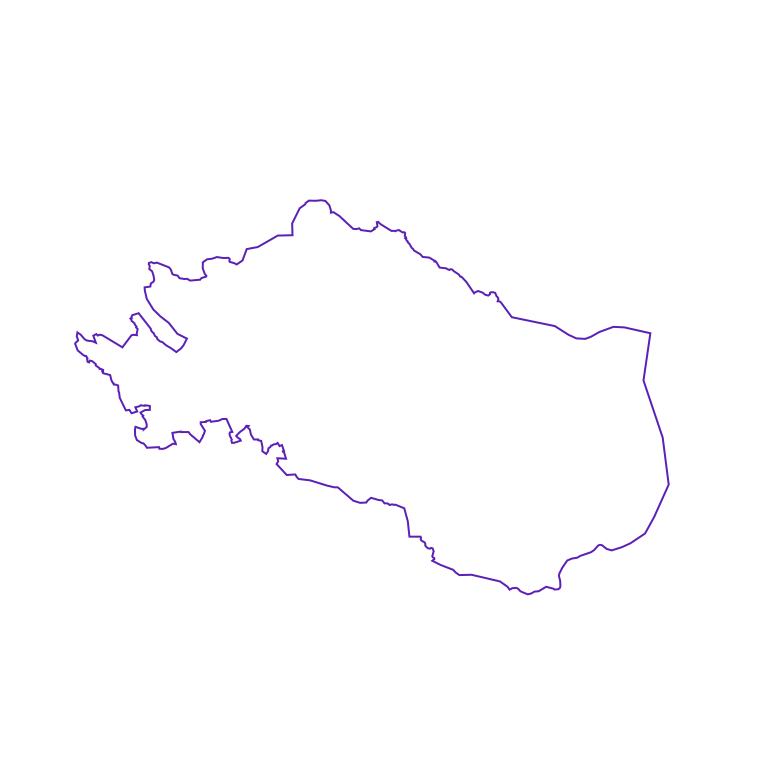 Ballymahon Lea-6, Longford, Ireland, rotated 204°
{"feature_id": "5873133B88406731709637", "entity_name": "Ballymahon Lea-6", "entity_type": "district", "adm_level": 2, "iso_a3": "IRL", "parent_name": "Ireland", "parent_adm1": "Longford", "projection": "robinson", "projection_center": [-7.714, 53.623], "detail": "fine", "context": "isolated", "style": "outline", "palette": "violet", "viewbox_px": 768, "rotation_deg": 204, "n_neighbors": 0, "source": "geoboundaries", "source_scale": "gbopen_adm2", "svg_char_len": 5082}
<svg xmlns="http://www.w3.org/2000/svg" viewBox="0 0 768 768"><g transform="rotate(204 384 384)"><path d="M677.5,290.1L670.5,288.1L668.4,288.0L667.5,288.4L665.3,286.8L665.5,286.2L663.8,283.7L662.2,283.8L662.3,285.7L660.0,286.2L655.3,284.9L654.9,283.7L650.2,282.7L649.9,282.1L647.9,282.7L646.3,282.6L645.8,281.3L646.5,280.9L645.0,279.6L637.8,280.8L634.6,276.6L632.2,274.7L631.6,274.8L630.7,273.6L628.9,274.3L626.3,274.5L623.4,269.1L622.7,268.7L619.7,263.8L609.1,254.9L606.1,256.8L602.7,254.6L598.3,258.5L601.7,261.6L598.3,264.2L597.8,265.5L593.6,266.8L593.6,267.4L589.0,268.7L587.4,265.1L591.6,263.1L594.8,258.9L593.5,257.9L591.0,257.1L591.2,256.0L587.4,254.0L584.3,250.5L583.3,248.2L584.8,245.1L584.9,245.6L587.0,244.4L593.6,243.8L593.1,241.4L590.4,235.7L587.0,232.3L581.5,231.5L579.6,231.9L576.9,230.8L574.7,229.3L563.9,234.8L562.9,233.5L559.4,234.9L557.1,237.0L552.5,243.7L549.7,244.4L551.3,246.3L554.0,248.1L557.4,253.3L550.3,257.9L550.0,257.5L543.0,260.6L540.5,259.2L528.9,255.8L528.1,262.1L528.6,263.3L528.2,264.2L528.5,268.4L535.1,272.8L535.9,274.5L531.2,277.0L531.4,277.7L528.1,280.2L526.7,279.1L520.0,283.3L517.4,286.3L513.7,288.0L503.1,278.5L505.1,277.1L504.9,275.7L503.5,273.8L500.5,271.4L500.4,270.2L498.9,268.4L497.0,269.3L491.8,274.0L492.9,275.0L496.3,275.7L497.9,276.5L496.3,281.1L493.3,286.5L492.7,289.9L490.7,290.5L491.2,289.0L488.0,287.8L484.9,283.6L480.3,280.4L476.5,282.1L476.2,281.5L473.0,282.0L469.3,276.9L467.8,273.1L463.2,272.2L462.6,275.3L463.4,278.3L462.2,280.2L462.2,281.7L461.3,282.3L460.2,284.0L458.3,285.1L457.2,286.9L454.2,284.8L452.4,286.7L448.1,282.1L449.0,281.5L448.8,281.1L447.2,280.6L443.1,275.9L451.2,272.8L449.2,270.3L449.6,267.2L435.9,261.3L428.2,265.3L426.0,263.6L423.4,262.5L412.4,265.9L394.8,268.0L387.4,269.4L384.2,270.8L364.5,264.9L357.5,265.7L352.0,268.5L351.5,271.0L349.5,274.8L341.8,275.8L338.3,276.9L335.0,275.2L332.7,276.2L330.7,276.2L329.7,275.7L327.6,277.4L325.8,277.6L324.5,278.4L314.9,278.7L306.3,268.1L298.7,254.9L288.5,259.4L287.6,258.5L287.2,256.9L285.8,256.1L282.7,255.9L281.3,254.9L280.6,253.2L279.1,252.4L276.9,251.8L275.0,252.3L274.1,253.5L272.7,253.6L270.6,251.4L269.8,246.2L268.8,245.5L267.4,245.5L266.8,244.6L268.0,242.1L258.5,241.7L245.2,242.4L241.8,240.9L237.4,240.1L226.5,245.3L197.8,250.8L188.6,249.0L185.6,247.2L183.8,249.6L180.1,251.6L177.8,251.4L175.6,250.3L173.3,250.1L167.2,250.3L164.7,252.1L162.0,255.6L158.4,257.6L153.4,264.7L146.0,265.9L144.3,265.7L141.2,267.5L140.4,269.3L140.6,271.0L143.0,275.8L146.2,279.9L146.7,282.1L146.4,288.9L144.8,297.3L141.4,300.9L136.7,304.0L134.9,306.7L126.5,314.5L124.4,317.9L122.7,323.5L121.3,324.9L119.1,325.4L113.6,323.9L108.3,324.6L100.3,331.7L94.1,338.7L84.7,353.6L83.1,372.5L83.0,407.9L107.6,448.4L109.9,450.9L148.4,492.8L161.3,538.7L187.4,533.5L197.7,529.5L208.4,519.1L214.2,511.3L218.5,507.1L226.8,503.9L235.3,504.0L251.5,506.4L294.4,497.0L310.2,506.0L312.0,506.5L313.8,505.8L314.1,508.3L315.6,509.6L316.7,509.8L319.5,512.5L321.6,512.2L323.8,511.2L324.3,510.2L323.7,509.1L324.7,507.2L327.9,506.7L331.0,507.6L335.9,507.2L338.1,504.8L338.6,503.5L350.2,510.7L355.9,513.1L357.1,513.5L357.9,513.1L360.3,514.5L366.3,515.5L368.1,516.3L370.0,515.9L370.6,514.8L373.2,514.7L374.0,515.0L380.6,513.0L385.8,516.7L387.4,516.5L387.2,517.1L394.1,517.9L400.3,515.8L403.5,517.3L410.7,518.1L412.6,519.3L414.0,519.6L417.6,522.3L420.0,523.2L420.2,523.8L421.6,524.3L422.9,525.3L422.9,525.9L424.0,525.9L423.7,527.0L425.3,527.8L426.1,530.5L427.2,530.9L428.7,530.0L433.0,530.7L435.4,528.9L435.7,528.2L436.9,528.1L439.4,526.9L452.0,528.6L455.4,529.7L456.4,528.9L454.2,525.6L454.3,524.6L456.4,522.4L456.3,521.7L455.7,521.5L458.0,518.1L467.7,515.2L469.9,516.1L472.6,514.1L475.3,513.2L493.0,519.3L500.3,520.4L502.2,518.9L503.1,521.0L506.6,525.0L512.0,527.4L516.2,526.3L520.3,523.9L527.3,520.9L529.2,517.4L529.1,516.1L532.5,510.2L533.2,493.3L528.1,482.7L541.4,476.4L555.0,457.8L564.3,451.4L563.5,439.3L567.2,433.3L570.1,433.5L574.5,432.8L575.3,433.4L575.7,435.4L577.4,436.0L581.8,433.8L588.3,432.0L591.8,428.7L596.3,426.0L599.0,421.5L596.6,415.9L592.4,411.6L590.2,410.5L590.4,409.5L593.8,406.6L594.4,404.5L602.7,399.9L603.8,399.6L606.4,400.1L609.1,398.7L613.8,397.5L616.6,399.1L620.9,398.2L622.0,398.4L625.5,402.0L627.8,403.1L640.9,402.5L643.2,400.7L646.3,400.6L648.0,398.9L647.6,397.7L646.0,396.5L645.1,393.5L641.6,392.6L638.6,389.2L636.2,385.6L636.3,383.5L637.9,381.0L637.1,378.0L642.0,374.9L640.5,372.1L635.4,365.3L625.0,358.2L615.7,354.8L605.5,352.3L593.1,345.8L582.5,345.3L582.9,337.7L583.8,334.2L586.7,328.7L592.6,330.0L599.2,330.8L603.6,332.2L605.7,331.8L609.3,332.8L610.6,334.3L612.7,334.7L615.3,336.9L616.1,336.9L618.4,338.1L619.5,339.6L637.0,348.9L642.0,344.4L641.9,342.0L641.3,341.7L642.2,340.6L640.7,339.9L640.3,339.0L636.6,338.0L636.1,337.2L633.4,335.7L633.5,334.9L631.4,334.0L630.3,329.1L629.6,328.1L632.8,327.1L634.5,325.8L637.9,311.1L661.3,314.0L663.7,313.4L665.2,311.8L667.1,312.6L669.2,309.9L664.0,304.5L667.5,304.5L673.3,302.8L675.9,303.2L681.2,305.7L685.0,306.4L684.1,302.6L681.1,299.4L682.6,296.0L682.5,295.1L677.5,290.1Z" fill="none" stroke="#5b21b6" stroke-width="2"/></g></svg>